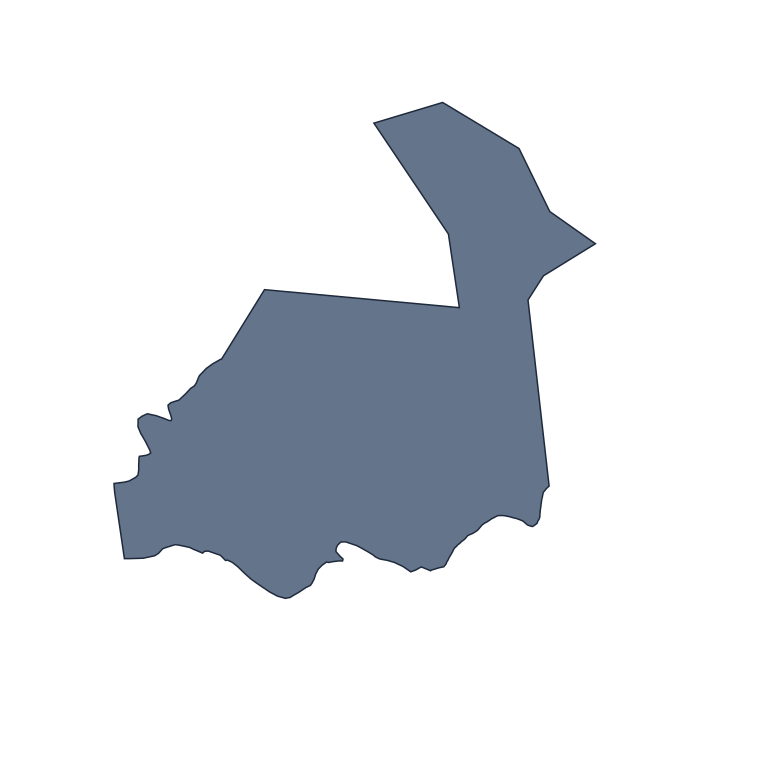 the district of Sarot, Anse-la-Raye, Saint Lucia, rotated 298°
{"feature_id": "8701671B47130122414504", "entity_name": "Sarot", "entity_type": "district", "adm_level": 2, "iso_a3": "LCA", "parent_name": "Saint Lucia", "parent_adm1": "Anse-la-Raye", "projection": "natural_earth1", "projection_center": [-60.988, 13.942], "detail": "fine", "context": "isolated", "style": "filled", "palette": "slate", "viewbox_px": 768, "rotation_deg": 298, "n_neighbors": 0, "source": "geoboundaries", "source_scale": "gbopen_adm2", "svg_char_len": 3147}
<svg xmlns="http://www.w3.org/2000/svg" viewBox="0 0 768 768"><g transform="rotate(298 384 384)"><path d="M241.0,512.8L241.4,512.7L247.4,518.7L250.7,522.6L252.8,523.0L254.5,523.3L256.1,523.0L258.9,523.2L260.6,523.0L267.1,523.3L270.5,523.2L272.4,523.3L275.0,524.3L277.0,524.7L278.7,525.7L280.4,526.1L282.7,527.1L284.3,527.9L286.0,528.4L288.1,528.8L289.5,529.1L290.5,529.9L291.9,531.0L293.6,532.4L295.1,533.3L297.7,534.8L299.1,535.4L300.9,535.8L302.8,536.2L305.6,536.8L306.8,537.4L308.5,538.2L310.1,539.4L312.6,540.8L314.3,541.7L316.0,542.6L317.4,543.7L319.6,545.1L321.6,546.7L322.3,548.4L323.3,549.9L324.4,552.5L325.1,555.0L325.7,556.8L326.2,559.2L326.7,561.6L327.4,563.9L327.6,565.5L327.9,567.5L328.2,570.8L327.8,573.0L327.3,574.9L326.9,576.8L327.2,579.4L327.8,581.9L329.2,582.9L331.2,583.8L332.8,584.6L333.7,584.4L335.4,584.2L337.3,584.4L339.9,584.0L341.7,583.0L343.3,582.4L345.1,581.6L347.1,580.8L349.9,579.9L351.5,579.1L353.0,578.7L354.4,578.1L357.1,577.2L358.8,576.8L360.7,576.2L362.4,575.7L363.4,575.6L365.3,576.0L367.4,576.4L368.0,576.5L371.4,577.7L525.8,471.7L554.4,474.0L607.1,504.8L614.1,449.4L655.3,392.7L660.1,303.6L609.6,252.6L571.7,323.6L546.6,370.5L486.8,414.7L411.2,234.2L329.9,228.9L329.5,228.9L329.4,228.4L328.1,227.5L327.3,227.0L321.5,223.3L314.3,219.8L313.6,219.6L304.8,217.1L302.6,217.2L296.7,217.8L293.4,217.5L289.3,215.3L282.1,213.4L273.4,210.4L272.9,209.9L270.4,207.4L267.3,204.5L266.2,204.1L263.9,203.2L260.7,205.6L257.3,209.3L253.8,212.8L251.8,213.2L251.5,212.8L250.9,211.5L250.7,209.7L250.4,206.7L249.1,197.8L246.6,189.0L241.9,185.4L237.5,183.4L233.8,185.3L232.8,185.8L230.7,186.9L226.6,191.9L225.9,192.7L225.4,193.7L221.6,199.8L215.8,208.1L213.6,210.4L211.3,209.2L210.5,208.5L209.6,207.7L206.8,204.1L205.7,202.5L205.4,202.0L204.8,202.1L204.1,202.2L201.6,203.4L196.8,205.7L192.7,207.9L190.9,208.5L188.2,209.5L186.8,209.1L185.1,208.6L178.6,204.4L175.5,200.9L171.4,195.1L169.4,192.3L166.9,193.8L162.1,196.9L107.9,236.8L108.2,237.3L111.0,242.5L117.2,253.3L118.9,255.3L124.7,262.2L128.6,264.4L129.7,264.7L134.6,265.9L137.2,268.2L138.5,269.5L143.0,273.9L144.1,275.0L145.1,277.6L145.8,279.8L148.4,288.9L148.6,292.7L148.6,293.7L148.9,296.1L149.5,303.2L151.1,303.8L152.1,304.2L152.6,305.0L154.0,307.3L155.7,318.3L156.0,319.9L153.8,326.9L155.0,328.5L155.2,331.5L155.3,333.7L154.6,337.6L154.0,340.8L152.9,344.6L151.7,348.6L150.6,352.9L149.3,358.2L148.5,364.1L148.0,368.3L147.5,373.0L146.7,380.6L146.7,389.7L147.5,393.1L148.4,397.5L150.5,400.1L151.4,401.3L154.9,403.3L159.6,406.3L167.6,410.6L171.7,413.6L172.8,413.7L174.5,413.9L179.0,413.9L184.2,412.9L189.8,412.9L194.9,414.4L197.1,415.5L199.9,416.9L200.3,418.7L203.1,422.3L203.6,422.9L204.2,423.8L206.6,427.2L206.9,427.8L208.3,430.5L210.2,430.0L210.4,429.5L211.3,426.0L213.5,420.2L216.5,418.9L217.6,418.8L220.1,418.7L224.2,420.1L226.6,424.2L226.8,425.5L228.5,435.8L228.5,440.2L228.3,448.9L228.1,452.0L227.9,454.9L227.5,456.5L227.3,457.7L227.4,460.3L227.5,462.3L228.8,466.5L229.8,469.6L231.3,476.9L231.6,482.2L231.8,486.4L231.1,492.5L230.7,495.8L233.7,498.5L234.6,499.3L235.2,499.7L237.8,501.3L240.0,502.9L241.0,512.8Z" fill="#64748b" stroke="#1e293b" stroke-width="1.5"/></g></svg>